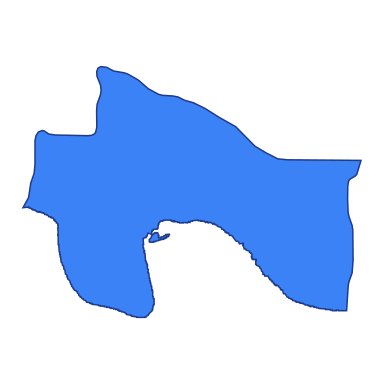 the district of Boca Chica, Santo Domingo, Dominican Republic
{"feature_id": "3306468B37182555728177", "entity_name": "Boca Chica", "entity_type": "district", "adm_level": 2, "iso_a3": "DOM", "parent_name": "Dominican Republic", "parent_adm1": "Santo Domingo", "projection": "natural_earth1", "projection_center": [-69.616, 18.462], "detail": "fine", "context": "isolated", "style": "filled", "palette": "blue", "viewbox_px": 384, "rotation_deg": 0, "n_neighbors": 0, "source": "geoboundaries", "source_scale": "gbopen_adm2", "svg_char_len": 5984}
<svg xmlns="http://www.w3.org/2000/svg" viewBox="0 0 384 384"><path d="M361.0,160.4L287.2,159.8L277.7,158.8L266.1,152.9L254.8,146.1L235.7,126.7L219.0,117.3L205.1,108.5L193.5,102.8L184.2,100.1L178.1,97.0L173.0,96.0L162.3,95.3L158.5,94.3L148.2,88.7L138.2,80.0L127.9,74.1L124.2,72.8L113.6,71.0L106.5,67.3L101.0,66.6L98.0,68.1L96.7,71.5L97.0,76.4L100.6,85.3L101.1,90.7L100.5,94.6L97.1,104.3L96.6,110.4L96.8,127.2L95.6,132.4L93.9,134.3L91.6,135.3L87.8,135.7L55.2,135.0L48.7,134.0L44.2,130.9L42.3,130.5L38.5,131.9L36.0,135.7L35.0,140.6L35.0,164.1L34.2,173.2L30.8,182.9L28.6,197.5L23.0,207.7L28.5,207.1L28.5,207.7L30.0,207.7L30.0,208.2L31.9,208.8L31.9,209.4L32.8,209.4L32.8,209.9L34.8,209.9L34.8,210.5L36.7,211.1L36.7,211.6L38.1,211.6L38.1,212.2L39.5,212.2L39.5,211.6L40.0,211.6L40.0,212.2L41.5,212.2L41.5,212.8L43.4,212.8L43.4,213.3L44.3,213.3L44.8,214.5L46.7,214.5L46.7,215.0L48.2,215.6L48.7,216.7L50.6,216.7L50.6,217.3L51.5,217.3L51.5,217.9L53.0,217.9L53.0,218.4L53.9,219.0L53.9,220.1L54.9,220.1L54.9,221.2L56.3,221.8L56.3,222.9L57.8,223.5L57.8,225.2L58.2,225.2L58.2,227.5L57.8,227.5L58.2,234.3L57.8,234.3L57.8,235.4L58.2,235.4L58.2,244.5L58.7,244.5L59.2,251.8L59.7,251.8L59.7,254.6L60.2,254.6L60.2,256.9L60.6,256.9L61.1,262.0L61.6,262.0L62.6,265.4L63.5,266.0L64.0,269.3L64.9,269.9L65.4,273.9L66.9,275.0L66.9,276.7L67.3,276.7L67.8,279.0L69.7,280.7L70.7,284.1L71.6,284.6L71.6,286.3L73.1,287.5L73.1,288.6L74.5,289.7L74.5,290.3L76.5,290.8L76.5,291.4L77.4,292.0L77.4,293.1L78.8,294.2L78.8,295.4L80.3,296.5L80.3,297.1L81.2,297.1L82.2,298.8L83.2,298.8L83.6,299.9L85.6,300.5L86.5,302.2L89.9,302.7L89.9,303.3L91.3,303.3L91.3,303.9L92.7,303.9L92.7,304.4L98.5,305.0L98.5,305.6L100.4,305.6L100.4,306.1L104.2,306.1L104.2,306.7L106.6,306.7L106.6,307.3L109.5,307.3L109.5,307.8L111.0,307.8L111.0,308.4L113.8,308.4L113.8,309.0L115.8,309.0L115.8,309.5L117.7,309.5L117.7,310.1L118.6,310.1L118.6,310.7L119.6,310.7L119.6,311.2L121.5,311.2L121.5,311.8L124.9,312.4L125.3,313.5L126.3,313.5L126.8,314.6L131.1,315.2L131.1,315.7L132.0,315.7L132.0,316.3L136.8,316.9L136.8,317.4L145.0,317.4L145.0,316.9L146.4,316.9L147.4,315.2L148.3,315.2L148.8,314.0L152.2,310.7L152.2,309.5L152.7,309.5L153.1,305.6L153.6,305.6L153.6,304.4L154.1,304.4L154.1,298.8L153.6,298.8L153.1,296.5L152.7,296.5L152.7,290.8L152.2,290.8L152.2,289.7L151.7,289.7L151.7,286.3L151.2,286.3L150.7,282.9L150.3,282.9L150.3,281.2L149.8,281.2L149.8,278.4L149.3,278.4L148.8,273.3L148.3,273.3L148.3,272.2L147.9,272.2L148.3,269.3L147.4,268.8L147.4,264.8L146.9,264.8L146.9,263.1L146.4,263.1L146.0,260.9L145.5,260.9L145.0,253.5L144.5,253.5L144.5,251.8L144.0,251.8L144.5,250.7L144.0,250.7L143.6,247.8L143.1,247.8L143.1,244.5L143.6,244.5L143.1,238.8L143.6,238.8L144.0,237.7L146.0,237.7L146.4,236.5L146.9,236.5L147.9,233.1L151.7,234.3L151.7,231.4L152.2,231.4L152.2,230.3L153.1,230.3L153.6,229.2L157.0,229.2L157.0,228.6L157.9,228.6L158.4,224.1L158.9,224.1L158.9,222.9L160.3,221.8L160.3,221.2L162.3,221.2L162.3,220.7L163.7,220.7L163.7,220.1L170.9,220.1L170.9,220.7L171.8,220.7L171.8,221.2L173.3,221.2L173.3,221.8L173.8,221.8L173.8,220.7L174.7,220.7L175.2,221.8L177.6,221.8L177.6,222.4L179.5,222.4L179.5,222.9L183.3,222.9L183.3,222.4L187.2,222.9L187.2,222.4L189.1,222.4L189.1,221.8L190.0,222.4L190.5,221.2L192.4,221.2L192.4,220.7L198.2,220.1L198.2,220.7L200.6,220.7L200.6,221.2L201.1,221.2L201.1,220.7L202.0,220.7L202.0,221.2L204.4,221.2L204.4,221.8L205.9,221.8L205.9,222.4L207.3,221.8L207.3,222.4L208.3,222.4L208.3,222.9L208.7,222.9L208.7,222.4L211.1,222.4L211.1,222.9L212.6,223.5L212.6,224.1L214.0,224.1L214.0,223.5L214.5,223.5L215.0,224.7L216.9,225.2L217.4,226.3L221.2,227.5L221.7,229.2L223.1,229.2L223.6,230.3L224.6,230.3L225.0,232.0L226.0,232.0L226.0,232.6L227.0,232.6L227.0,233.1L228.4,233.1L228.4,233.7L229.4,234.3L229.4,235.4L231.7,235.4L236.1,241.1L238.5,241.6L239.4,243.9L243.3,243.3L243.3,245.0L242.8,245.0L242.8,245.6L243.3,245.6L244.2,249.0L245.7,249.0L246.1,250.1L249.5,251.2L249.5,252.4L250.9,252.9L250.9,253.5L251.9,254.1L251.9,256.3L251.4,256.3L251.4,256.9L251.9,256.9L251.9,258.6L252.4,258.6L252.4,259.2L253.3,259.2L253.3,259.7L255.7,259.2L255.7,259.7L256.2,259.7L256.2,260.9L255.7,260.9L255.7,264.3L256.2,264.3L256.7,265.4L259.6,266.5L259.6,267.7L261.0,268.8L261.5,271.0L262.9,272.2L262.9,274.4L264.3,274.4L264.8,276.1L268.2,276.1L268.7,277.8L269.6,278.4L269.6,279.5L270.6,279.5L271.1,280.7L272.0,280.7L272.0,281.8L273.0,281.8L273.5,283.5L274.4,283.5L274.4,284.6L275.4,284.6L275.4,285.2L276.3,285.2L276.3,285.8L276.8,285.8L276.8,285.2L278.3,285.8L279.2,287.5L280.2,288.0L280.6,289.7L282.1,289.7L282.1,290.3L282.6,290.3L283.5,293.7L285.0,293.7L287.3,297.1L288.3,297.1L288.8,298.2L291.2,298.8L291.2,299.3L292.2,299.3L292.6,300.5L295.5,301.0L295.5,301.6L296.5,301.6L296.5,302.2L299.3,302.2L299.3,302.7L300.3,302.7L300.3,303.3L303.2,303.3L303.2,303.9L305.1,304.4L305.1,305.0L308.0,305.0L308.0,305.6L309.4,305.6L309.4,306.1L310.4,306.1L310.4,306.7L310.8,306.7L310.8,306.1L313.2,306.1L313.2,306.7L314.2,306.7L314.2,307.3L316.6,307.3L316.6,307.8L318.0,307.8L318.4,308.4L325.7,309.0L325.7,309.5L330.5,309.5L330.5,310.1L332.4,310.1L332.4,310.7L336.2,310.7L336.2,310.1L338.2,310.1L338.2,310.7L346.6,310.7L348.2,285.6L349.1,281.3L352.1,273.0L353.1,260.1L352.8,230.1L352.1,225.4L349.1,217.0L348.1,212.3L347.6,199.0L347.8,185.9L348.5,181.6L349.7,179.3L355.3,176.0L356.8,174.3L361.0,160.4ZM157.0,232.6L155.1,232.6L155.1,233.1L154.1,233.1L153.6,234.3L152.7,234.3L152.7,234.8L151.7,235.4L151.2,237.7L149.3,239.4L149.3,241.6L149.8,241.6L149.8,242.2L153.6,242.2L153.6,241.6L155.5,241.6L155.5,241.1L158.9,240.5L158.9,239.9L160.8,239.9L160.8,239.4L163.2,239.4L163.2,238.8L164.6,238.8L164.6,238.2L165.6,238.2L165.6,237.7L166.6,237.7L166.6,237.1L168.5,236.5L169.0,234.8L169.4,234.8L169.4,234.3L168.5,234.3L168.5,234.8L167.0,234.3L166.6,235.4L165.6,234.8L165.6,235.4L163.7,236.0L163.7,236.5L160.8,237.1L160.8,237.7L158.9,237.7L158.9,237.1L158.4,237.1L158.9,235.4L158.4,235.4L157.9,233.1L157.0,233.1L157.0,232.6Z" fill="#3b82f6" stroke="#1e3a8a" stroke-width="1.5"/></svg>